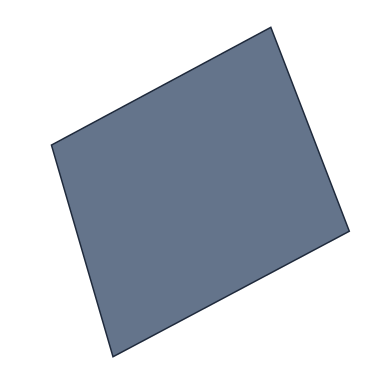 an SVG outline of City of Hamilton, rotated 339°
{"feature_id": "BMU-5134", "entity_name": "City of Hamilton", "entity_type": "state/province", "adm_level": 1, "iso_a3": "BMU", "parent_name": "Bermuda", "parent_adm1": "", "projection": "natural_earth1", "projection_center": [-64.788, 32.293], "detail": "fine", "context": "isolated", "style": "filled", "palette": "slate", "viewbox_px": 384, "rotation_deg": 339, "n_neighbors": 0, "source": "natural_earth", "source_scale": "10m", "svg_char_len": 227}
<svg xmlns="http://www.w3.org/2000/svg" viewBox="0 0 384 384"><g transform="rotate(339 192 192)"><path d="M324.8,285.0L59.2,317.5L77.6,97.8L324.6,66.5L324.8,285.0Z" fill="#64748b" stroke="#1e293b" stroke-width="1.5"/></g></svg>